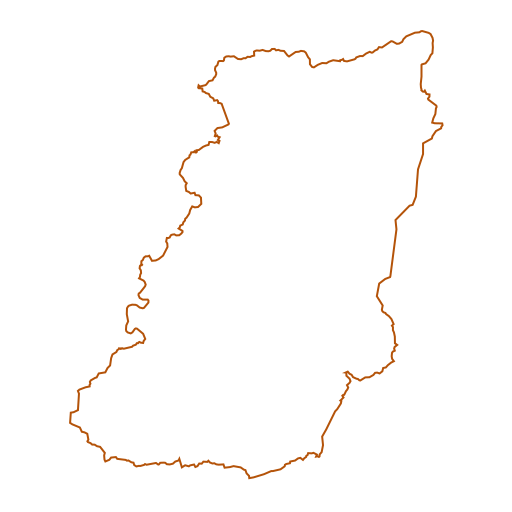 outline of Kong Chro, Gia Lai, Vietnam, rotated 269°
{"feature_id": "81297802B76302638024773", "entity_name": "Kong Chro", "entity_type": "district", "adm_level": 2, "iso_a3": "VNM", "parent_name": "Vietnam", "parent_adm1": "Gia Lai", "projection": "albers", "projection_center": [108.588, 13.762], "detail": "fine", "context": "isolated", "style": "outline", "palette": "amber", "viewbox_px": 512, "rotation_deg": 269, "n_neighbors": 0, "source": "geoboundaries", "source_scale": "gbopen_adm2", "svg_char_len": 6029}
<svg xmlns="http://www.w3.org/2000/svg" viewBox="0 0 512 512"><g transform="rotate(269 256 256)"><path d="M92.4,67.2L90.9,69.4L87.6,76.9L83.3,78.8L82.7,81.4L81.2,84.2L75.3,85.2L73.7,84.2L72.9,84.7L71.8,87.3L70.3,88.9L70.2,91.4L68.6,93.7L67.9,96.8L61.8,101.4L59.4,100.7L57.4,100.8L55.0,101.0L53.2,101.8L54.8,105.8L57.0,107.6L57.4,112.4L55.6,113.7L54.4,122.2L53.6,123.4L53.8,124.9L51.9,127.8L51.5,129.9L49.1,130.6L47.7,132.7L48.2,135.1L48.1,136.8L49.1,140.5L49.9,141.4L49.2,142.9L50.8,152.4L49.2,154.6L49.4,155.4L50.9,156.6L51.0,160.3L50.8,161.7L49.4,163.2L49.1,166.1L49.8,169.3L51.9,171.7L52.9,175.0L54.5,175.8L46.0,178.2L48.0,181.5L46.9,185.2L47.8,186.5L48.6,190.4L46.1,191.7L46.9,193.8L49.5,195.6L49.3,198.1L51.3,199.8L51.0,203.8L52.1,204.8L50.3,206.4L49.3,208.8L49.5,210.7L48.4,212.6L48.0,215.0L48.2,219.8L44.9,220.9L45.4,226.2L46.3,229.9L44.9,237.0L42.6,240.1L42.1,241.7L38.8,242.8L36.3,245.2L34.0,245.4L34.7,249.7L37.7,260.2L40.7,267.5L40.7,269.3L42.3,276.8L45.2,281.0L46.7,281.3L47.5,282.6L48.2,286.3L49.9,286.6L50.8,291.5L52.9,294.5L53.4,296.8L51.3,299.4L53.0,300.8L54.2,302.6L55.3,302.8L56.1,304.1L58.0,304.7L57.7,308.3L58.2,310.0L56.4,313.4L54.4,312.6L54.7,313.9L54.0,315.4L54.5,316.0L56.5,316.2L58.7,318.2L65.7,319.7L74.3,319.0L81.4,323.2L99.3,332.4L101.4,334.5L107.1,338.3L109.5,338.8L110.0,337.9L113.0,341.0L114.8,339.9L115.6,340.8L115.7,341.8L119.3,343.6L120.9,345.0L122.9,345.9L125.3,344.7L127.5,347.3L129.2,348.3L131.7,347.4L134.7,344.3L137.8,344.3L137.9,343.6L138.8,345.7L136.6,347.5L135.6,349.5L133.2,350.9L131.5,354.4L131.3,355.7L129.9,357.2L129.7,358.1L132.7,363.1L132.8,367.3L135.0,371.3L137.1,373.0L137.3,375.1L136.4,377.5L138.5,380.3L141.8,381.2L142.3,383.9L144.5,385.9L147.1,389.3L148.4,392.0L150.8,390.3L153.4,389.9L156.8,390.3L158.0,391.1L158.9,393.1L161.0,392.5L162.6,393.0L164.6,395.6L166.3,393.4L173.0,393.4L177.2,392.6L179.5,391.6L182.5,391.7L184.0,390.7L185.5,392.4L190.6,390.3L193.6,387.8L195.6,385.1L196.8,384.4L197.5,382.5L198.6,381.4L200.0,380.9L204.3,381.8L213.7,376.1L226.3,378.7L230.8,384.8L232.6,389.7L233.5,390.0L280.2,396.9L289.5,396.1L303.6,410.4L304.4,413.5L312.5,416.9L339.8,419.5L355.0,424.8L365.7,425.0L370.4,433.9L372.7,434.5L377.8,438.1L380.4,443.3L381.8,443.5L383.5,444.8L385.3,444.5L385.6,437.0L386.3,434.5L390.5,435.7L394.8,437.8L400.5,438.5L401.9,439.2L403.2,438.9L409.4,431.0L410.4,430.7L412.3,432.2L414.5,432.3L415.0,429.3L418.4,427.7L417.3,426.9L417.5,425.6L418.9,424.2L419.8,424.4L421.3,423.9L425.0,423.7L432.4,424.6L444.2,424.8L444.7,425.2L445.7,428.9L449.4,432.0L453.9,434.2L455.6,435.9L461.5,436.5L465.8,436.3L468.3,436.8L471.1,436.3L474.9,434.4L476.1,432.5L478.0,426.2L477.9,425.0L476.8,423.2L476.5,418.8L473.0,410.1L470.2,407.2L467.6,405.9L465.9,402.8L465.7,400.5L468.1,396.4L468.4,394.9L462.3,385.6L462.7,382.6L460.4,381.0L459.4,378.6L457.4,376.1L457.3,375.0L458.2,373.3L456.5,369.6L454.0,366.2L454.1,363.4L452.8,359.7L451.5,358.9L450.9,357.8L449.0,350.4L449.5,347.4L451.4,346.5L450.6,345.3L450.3,343.6L449.3,343.4L450.4,336.6L449.0,332.3L447.5,329.8L447.8,325.5L446.1,321.2L443.6,317.2L444.0,315.4L446.8,313.3L451.7,313.3L453.8,311.6L458.5,309.3L459.8,307.7L460.3,304.5L459.5,302.4L459.3,299.2L454.9,292.5L456.0,291.0L460.5,287.6L460.8,284.0L461.7,282.1L461.3,279.6L462.7,278.3L462.7,275.6L461.0,273.9L460.5,272.1L460.7,269.4L461.9,266.2L461.2,263.3L461.5,260.3L461.1,258.9L460.4,257.6L456.4,257.7L455.8,254.9L455.1,253.8L455.3,251.0L453.9,249.0L454.0,247.1L453.0,244.6L453.3,241.4L456.1,237.4L455.8,234.1L456.2,232.2L456.0,229.7L454.8,227.8L452.1,227.3L451.5,226.6L451.6,222.7L451.0,221.8L447.5,220.7L445.9,218.8L444.1,218.3L442.5,218.3L440.0,219.4L438.5,219.4L436.0,218.3L435.1,217.1L432.4,215.6L431.7,212.0L428.2,209.2L427.7,208.4L426.6,203.6L426.7,202.5L427.6,201.6L425.6,201.1L424.8,201.5L424.4,205.2L421.5,205.5L420.9,207.5L419.8,208.7L418.9,211.6L416.0,213.1L414.4,216.0L412.0,216.9L412.5,219.9L411.5,220.7L409.6,220.9L409.5,222.8L408.8,224.3L388.7,231.2L388.0,230.7L385.2,224.5L384.6,219.7L381.8,216.8L379.2,217.8L376.6,216.9L376.3,217.6L377.2,219.2L376.0,219.9L375.4,221.7L372.7,219.9L371.8,221.5L369.5,220.7L370.7,218.8L369.9,216.6L370.7,214.2L370.8,211.3L367.9,210.5L367.4,208.1L366.1,205.0L363.0,200.7L362.8,198.7L361.2,198.7L360.5,197.9L360.6,197.1L362.0,196.7L360.8,195.1L360.8,193.1L358.5,192.2L357.8,191.3L355.8,191.0L353.4,187.0L351.2,185.2L345.1,183.4L343.3,182.1L340.3,181.1L338.9,181.2L335.3,184.4L331.9,186.0L330.0,188.0L328.1,186.9L326.5,186.8L322.3,187.4L321.2,190.0L319.6,191.8L320.3,195.7L317.9,196.5L317.6,199.9L315.3,202.0L309.1,202.2L306.0,198.9L305.7,195.7L306.7,193.1L303.2,191.0L299.6,190.0L295.5,187.2L294.5,185.9L292.7,185.6L290.9,183.9L288.8,183.3L287.7,180.8L285.8,180.2L284.8,179.1L282.4,182.9L281.3,183.0L279.8,181.8L278.1,179.6L278.0,176.6L279.1,174.7L278.8,172.5L278.2,171.2L276.0,170.0L275.5,168.5L275.6,167.2L272.0,166.4L270.1,167.5L266.6,167.7L258.0,163.1L254.6,158.6L253.3,155.7L253.0,151.9L258.1,149.2L257.6,148.1L257.6,145.6L256.3,143.8L254.0,142.8L252.8,141.3L250.4,141.2L249.2,142.0L248.7,141.5L248.9,140.6L248.1,139.8L245.7,139.4L243.7,140.6L240.9,140.8L239.3,139.9L237.0,139.6L235.7,138.7L233.4,143.1L232.1,144.2L229.4,145.2L227.7,144.6L221.3,139.4L220.5,138.1L219.0,137.8L216.1,139.0L214.4,141.9L214.3,147.0L213.3,147.7L211.3,147.6L206.1,143.1L205.7,141.9L206.5,138.8L208.8,136.0L209.3,134.6L209.5,131.3L208.6,128.2L207.8,127.2L206.0,126.1L200.1,125.8L192.8,127.0L188.9,125.1L184.7,124.7L183.2,125.0L181.8,126.4L180.8,129.4L181.8,131.1L185.2,133.6L185.7,134.6L185.4,135.8L180.2,141.8L175.0,143.8L173.0,142.2L171.0,141.6L171.4,139.1L172.1,138.0L171.7,137.1L170.9,136.6L170.9,135.3L169.4,134.3L168.5,131.5L167.4,130.5L165.6,122.2L166.1,120.6L165.7,120.2L166.0,119.4L165.5,119.0L166.1,117.5L165.2,117.1L164.4,115.7L162.4,114.7L160.1,110.8L156.4,109.4L149.1,108.2L146.6,105.6L142.3,103.3L141.3,96.7L137.4,94.6L136.9,92.9L134.5,88.6L133.0,87.7L131.2,88.2L130.1,87.4L128.5,87.4L127.7,83.3L125.5,77.1L124.2,75.6L121.5,76.6L105.0,75.3L103.0,70.9L102.6,68.1L92.4,67.2Z" fill="none" stroke="#b45309" stroke-width="2"/></g></svg>